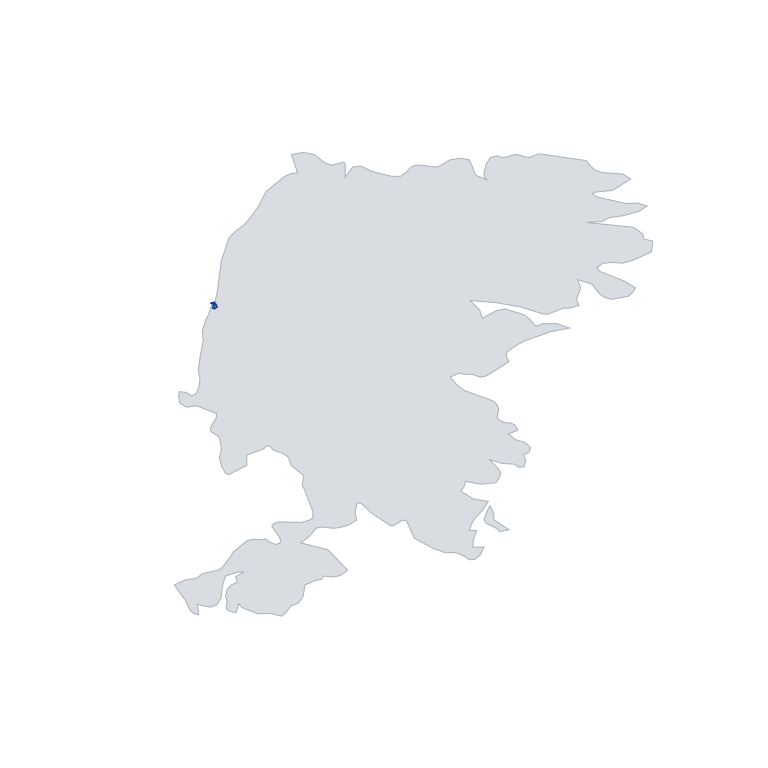 Donaghmede Lea-5, Dublin, Ireland shown in context, rotated 202°
{"feature_id": "5873133B22285144111595", "entity_name": "Donaghmede Lea-5", "entity_type": "district", "adm_level": 2, "iso_a3": "IRL", "parent_name": "Ireland", "parent_adm1": "Dublin", "projection": "orthographic", "projection_center": [-6.157, 53.388], "detail": "fine", "context": "in_parent", "style": "filled", "palette": "blue", "viewbox_px": 768, "rotation_deg": 202, "n_neighbors": 0, "source": "geoboundaries", "source_scale": "gbopen_adm2", "svg_char_len": 4553}
<svg xmlns="http://www.w3.org/2000/svg" viewBox="0 0 768 768"><g transform="rotate(202 384 384)"><path d="M481.0,140.4L467.5,149.7L465.3,153.2L461.3,167.7L460.8,171.8L452.0,187.8L447.1,191.0L440.0,193.5L435.8,196.0L430.8,194.6L424.3,194.6L421.0,197.5L421.1,199.7L423.0,202.3L434.8,210.0L434.0,213.1L430.5,216.5L408.8,224.7L402.3,229.7L399.9,233.1L402.1,239.0L418.8,256.9L421.7,258.8L424.0,269.0L439.2,273.6L445.3,280.1L450.7,281.7L462.4,281.4L467.0,283.8L469.7,282.1L471.3,278.8L484.6,266.6L480.7,257.3L494.1,241.7L497.7,242.0L503.8,246.9L508.8,253.6L510.3,262.6L515.1,270.7L518.2,273.5L526.6,275.1L528.5,278.3L526.9,289.9L528.2,293.8L549.6,293.6L558.2,288.6L565.7,289.5L569.3,294.7L571.0,300.1L564.6,302.1L557.9,301.0L554.6,304.5L554.4,311.3L556.6,320.1L561.1,326.3L564.7,340.3L567.6,355.8L572.3,365.2L573.3,376.8L572.6,382.5L573.4,392.8L571.4,396.4L572.9,406.1L580.9,437.2L582.5,461.4L578.6,470.5L573.3,479.2L569.9,489.4L567.2,500.5L565.5,518.3L554.0,539.1L549.0,544.3L543.3,547.5L555.7,562.1L545.5,568.6L534.3,570.6L522.0,566.9L514.3,567.3L504.4,574.8L502.2,573.4L497.7,561.3L494.1,573.7L487.0,577.5L474.8,576.5L454.3,579.5L446.4,582.8L443.0,588.3L440.5,594.6L437.2,598.3L433.5,600.2L417.6,604.5L414.5,606.4L406.9,616.5L397.1,622.2L389.1,623.7L382.2,617.5L379.4,613.8L376.1,611.9L365.3,611.9L368.6,613.8L370.7,618.1L371.6,626.2L370.1,634.1L364.6,638.0L358.1,638.5L347.8,646.4L334.3,648.2L326.7,655.5L281.8,666.5L279.3,666.6L273.3,663.0L266.7,661.3L260.1,662.0L241.1,668.2L232.1,666.4L244.5,649.2L260.3,640.9L262.0,638.6L257.1,637.1L227.5,641.9L217.1,646.6L206.8,647.6L212.0,639.8L225.7,629.4L237.3,622.7L242.5,616.4L256.6,609.7L211.5,622.7L200.0,620.1L197.5,615.7L188.3,617.2L185.5,606.7L199.8,591.8L207.9,585.5L217.4,582.4L226.5,577.7L230.2,571.5L226.1,569.3L199.4,569.4L186.7,567.3L187.7,562.3L190.4,556.8L204.1,548.0L211.3,546.9L217.6,548.2L228.6,554.4L243.6,553.4L237.7,546.9L237.2,534.4L232.7,530.0L239.0,524.6L246.2,521.4L258.3,510.1L262.6,508.5L285.6,506.7L310.6,501.4L335.4,493.7L323.0,488.4L317.3,481.8L307.1,494.3L299.9,499.0L280.2,500.7L274.1,499.0L265.5,494.6L262.7,496.0L260.0,499.0L246.7,504.6L233.0,505.4L249.4,494.7L270.5,476.0L275.3,470.0L282.1,459.5L280.4,454.6L276.4,451.6L291.8,430.1L297.1,426.3L306.4,426.0L313.3,422.8L316.3,422.9L319.0,421.7L325.2,415.2L316.2,410.6L306.9,408.1L277.6,409.1L273.7,408.4L270.2,406.2L268.0,403.1L266.6,395.5L264.5,393.7L258.0,393.4L251.4,395.4L246.8,394.9L242.6,391.4L250.0,384.0L241.0,381.7L231.7,382.7L224.1,380.0L224.2,375.1L227.9,370.5L223.6,365.7L223.0,359.8L228.0,357.2L233.2,358.5L244.3,354.7L258.2,353.4L246.6,348.5L242.0,344.7L242.1,339.1L243.3,334.4L257.4,327.1L272.1,324.3L271.3,318.9L272.6,313.3L258.0,310.9L243.3,314.2L245.4,303.3L249.4,293.7L250.4,287.2L250.1,280.2L243.1,282.8L242.9,273.0L240.3,266.1L230.1,270.2L230.9,261.3L234.1,255.3L239.4,252.9L244.5,254.3L254.2,254.7L263.7,250.5L277.1,250.0L298.3,252.4L312.4,266.2L316.2,264.0L322.4,255.9L325.2,255.1L347.2,259.6L360.7,264.9L364.4,263.5L362.8,254.2L358.3,247.6L364.5,239.4L371.8,234.0L376.7,231.3L387.9,228.2L392.8,225.0L396.3,214.3L401.7,205.5L373.9,209.3L348.0,197.8L352.4,190.4L358.1,186.3L367.8,183.4L368.8,179.5L373.7,176.4L382.0,168.1L379.4,156.8L381.3,148.7L387.1,143.5L389.2,135.9L391.9,130.4L403.5,128.7L414.8,123.7L431.9,123.5L436.3,125.7L435.5,116.4L443.6,115.4L446.7,117.3L448.0,123.9L451.5,128.1L452.5,135.4L449.9,141.0L445.7,145.2L449.4,149.7L443.4,157.6L449.8,154.3L458.9,146.7L458.6,140.3L457.2,132.2L454.9,124.9L456.2,116.9L461.3,112.0L474.5,109.7L469.3,100.5L474.1,99.8L479.3,101.7L486.9,108.9L503.1,119.1L495.0,127.8L485.0,133.8L481.0,140.4ZM240.7,306.7L240.1,310.9L233.9,305.3L231.1,299.3L213.6,295.7L221.3,290.3L224.8,292.2L237.2,293.1L240.6,295.7L240.7,306.7Z" fill="#d9dde1" stroke="#a8b0b8" stroke-width="1"/><path d="M568.2,393.7L568.5,394.0L569.0,394.2L569.3,394.2L569.4,394.4L569.3,394.6L569.8,394.9L570.5,395.4L571.4,395.7L571.6,395.8L571.9,396.3L572.3,395.9L573.0,395.4L573.8,394.9L574.2,394.7L574.5,394.5L574.8,394.0L574.7,393.9L574.4,394.1L574.1,394.2L573.6,394.3L573.4,394.3L572.7,394.5L572.3,394.8L572.0,395.1L571.8,395.2L571.7,395.1L571.8,394.9L571.6,395.0L571.6,395.3L571.4,395.4L571.3,395.5L571.1,395.5L571.1,395.4L570.9,395.5L570.6,395.4L570.5,395.2L570.8,394.8L571.6,394.1L572.2,393.7L571.3,393.0L570.9,392.9L571.3,392.4L571.5,391.9L571.7,390.9L571.7,390.4L570.3,390.1L570.2,390.1L569.7,390.3L569.6,390.5L569.1,390.4L569.1,390.8L568.9,391.1L568.5,391.5L568.1,392.3L567.6,392.7L567.8,392.9L567.9,393.1L568.1,393.6L568.2,393.7Z" fill="#3b82f6" stroke="#1e3a8a" stroke-width="1.5"/></g></svg>